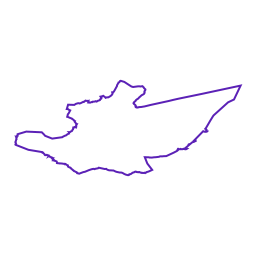 Lillehammer nor, Oppland, Norway (Robinson projection)
{"feature_id": "86288312B86660801630456", "entity_name": "Lillehammer nor", "entity_type": "district", "adm_level": 2, "iso_a3": "NOR", "parent_name": "Norway", "parent_adm1": "Oppland", "projection": "robinson", "projection_center": [10.321, 61.133], "detail": "fine", "context": "isolated", "style": "outline", "palette": "violet", "viewbox_px": 256, "rotation_deg": 0, "n_neighbors": 0, "source": "geoboundaries", "source_scale": "gbopen_adm2", "svg_char_len": 5510}
<svg xmlns="http://www.w3.org/2000/svg" viewBox="0 0 256 256"><path d="M152.2,169.9L147.3,163.5L144.8,157.2L148.6,157.3L149.3,157.4L149.8,157.6L150.5,157.5L151.8,157.6L153.9,157.3L155.8,157.2L159.0,156.8L159.9,156.4L161.1,156.3L161.9,156.4L163.6,156.2L166.3,156.1L173.6,152.7L176.9,151.0L177.9,150.2L177.8,149.4L177.7,149.4L178.0,148.8L178.4,148.8L178.8,149.1L179.2,149.2L180.1,149.3L180.5,148.9L182.0,149.3L183.6,148.8L183.6,149.0L185.8,149.3L186.7,148.9L187.0,148.7L186.6,148.6L186.5,148.2L186.3,148.0L185.9,147.9L186.0,147.8L185.9,147.6L188.9,145.1L188.5,144.8L188.5,144.6L189.2,144.1L190.1,144.1L192.4,142.2L193.9,141.9L194.1,141.5L194.3,141.4L195.1,141.2L195.6,141.1L195.6,140.7L194.8,140.7L194.1,140.5L203.2,131.2L204.3,131.7L204.7,131.7L205.0,131.8L206.0,131.8L206.9,131.6L207.1,131.4L206.8,131.3L206.9,131.2L206.0,131.0L206.2,130.6L206.5,129.7L206.0,129.2L205.3,128.8L205.9,128.1L207.1,126.1L210.3,120.6L213.2,115.9L213.8,115.2L228.1,102.3L234.0,99.5L240.6,85.6L201.8,93.9L178.5,98.7L173.6,99.8L168.7,101.0L150.8,104.9L144.7,106.4L141.1,107.0L138.9,107.1L138.7,107.3L137.1,107.6L136.3,107.4L135.7,107.1L135.5,106.4L135.9,106.1L135.5,105.7L135.4,105.1L135.0,104.8L134.4,104.2L134.0,104.0L133.9,103.7L133.5,103.3L133.5,103.1L133.8,102.6L134.2,102.3L134.3,101.9L135.6,100.9L135.7,100.6L135.9,100.2L137.4,99.0L138.1,98.7L139.2,97.4L140.3,96.5L141.1,95.7L141.7,95.2L142.9,94.6L144.0,93.9L144.6,92.8L144.6,92.6L144.4,92.4L144.3,92.1L144.6,91.8L144.6,91.0L145.3,90.1L145.4,89.7L145.4,89.4L144.1,88.2L143.7,87.4L143.0,86.8L142.5,86.2L140.2,86.5L139.6,86.3L138.3,86.3L133.1,87.0L131.4,86.5L124.3,81.9L120.7,80.8L120.4,80.9L119.9,81.2L119.6,81.9L119.2,82.3L118.5,82.5L118.4,82.9L117.0,85.3L116.9,86.3L116.6,86.7L114.9,89.8L114.4,90.7L113.7,91.8L113.2,92.2L112.2,92.3L112.3,92.8L112.6,93.6L111.9,94.8L110.6,96.0L108.4,97.3L107.9,97.4L107.7,97.3L107.0,97.3L105.6,97.8L105.4,97.4L103.6,96.1L103.2,95.8L102.5,96.2L100.6,96.6L101.2,97.4L101.0,97.5L100.9,97.9L100.9,98.0L101.1,97.9L101.4,98.3L101.3,98.6L100.7,98.9L100.3,99.3L100.0,99.5L99.9,100.1L98.6,100.6L97.8,100.8L97.4,101.0L97.2,101.3L96.4,101.6L95.7,101.2L95.3,101.4L93.8,101.7L92.7,101.7L92.3,102.1L92.0,102.0L91.8,102.0L90.3,102.6L89.1,102.6L88.3,102.5L88.5,102.1L88.4,101.9L88.6,101.7L88.6,101.2L88.6,100.9L88.0,101.2L87.6,100.9L86.3,100.9L85.5,100.6L85.0,101.0L84.7,101.3L83.8,102.0L83.3,101.8L80.8,103.1L79.6,103.5L79.2,103.3L78.6,103.2L77.7,103.3L75.8,103.9L74.3,104.9L68.1,104.7L66.8,109.0L67.5,109.0L68.2,109.2L68.5,109.6L70.2,110.4L68.8,113.1L67.8,114.4L67.6,115.5L67.2,116.8L68.5,117.2L69.3,117.6L71.9,118.6L72.3,118.9L72.3,119.1L73.3,119.7L73.8,120.1L73.9,120.4L74.5,120.8L74.8,121.0L74.6,121.2L74.6,121.3L74.7,121.8L75.1,122.2L76.4,124.0L76.9,124.1L76.6,124.6L76.5,124.8L76.1,125.1L76.1,125.6L76.3,126.1L76.2,126.4L76.2,126.9L75.9,127.1L75.9,127.4L75.6,127.3L75.3,127.1L74.7,127.0L74.4,127.4L73.3,127.4L73.1,128.3L73.2,128.5L73.1,129.0L73.0,129.4L72.5,129.8L72.0,130.9L71.8,131.1L70.9,131.4L70.3,131.9L70.0,132.1L69.0,132.1L69.2,132.3L68.9,133.1L69.0,133.5L68.6,133.6L68.0,134.0L67.2,134.4L66.2,135.3L65.0,135.7L63.1,136.6L62.3,137.2L52.2,138.6L45.1,135.8L44.0,134.5L41.8,132.3L26.3,131.6L17.6,134.2L17.6,134.8L17.4,135.2L17.7,135.7L17.7,135.8L16.9,136.1L16.8,136.5L16.1,136.5L16.7,137.4L16.4,137.7L16.5,137.8L16.5,138.0L16.4,138.3L16.4,138.5L16.5,139.1L16.3,139.2L16.3,139.5L16.1,139.9L16.0,140.5L15.8,140.9L15.7,141.3L15.5,141.8L15.7,142.0L15.6,142.3L15.5,142.5L15.8,142.9L15.9,143.4L15.9,143.5L16.0,143.7L15.4,144.4L15.4,144.6L15.6,144.8L28.4,149.8L42.2,152.1L42.3,152.4L42.3,152.5L42.8,152.6L42.7,152.8L42.8,152.9L43.9,153.3L43.7,153.3L44.0,153.8L44.4,154.0L44.6,154.4L44.7,154.8L45.0,155.1L45.3,155.1L45.6,155.1L46.3,155.1L46.5,154.9L47.0,154.9L47.3,155.1L47.9,155.2L48.2,155.7L48.7,155.6L48.8,155.8L48.7,156.0L49.0,155.8L49.2,156.1L49.5,156.3L49.4,156.3L49.4,156.5L49.8,156.6L49.9,156.8L50.7,157.0L51.1,157.3L51.5,157.3L51.6,157.7L51.9,157.6L52.4,157.8L52.1,157.9L52.3,158.2L52.1,158.2L52.2,158.6L52.4,158.8L52.6,158.7L52.9,158.7L53.0,158.8L53.0,159.2L53.3,159.3L53.8,159.8L53.7,160.0L53.3,160.4L54.0,160.5L54.4,160.7L54.7,160.6L55.1,160.9L55.6,161.0L56.7,161.5L56.9,162.3L57.1,162.5L57.2,162.8L57.1,163.1L58.3,163.3L59.0,163.2L59.4,163.4L59.9,163.5L60.6,163.4L62.5,163.6L63.4,163.8L64.7,163.8L65.0,163.9L65.1,164.2L65.6,164.0L66.5,164.8L67.9,165.4L67.9,165.5L68.0,166.1L67.9,166.3L67.9,166.5L69.0,167.2L69.9,167.4L70.2,167.8L70.7,167.9L71.1,168.6L72.6,169.7L72.7,170.0L73.0,170.1L73.1,170.3L73.7,170.6L74.0,171.1L74.6,171.2L75.7,171.9L76.5,172.1L76.7,172.4L77.1,172.6L77.2,172.8L77.2,173.2L77.6,173.3L78.3,173.3L79.1,173.7L83.3,172.1L84.9,171.8L89.0,170.1L91.7,169.2L91.9,169.2L92.5,169.0L93.3,168.9L93.9,168.9L94.3,169.1L94.8,169.1L95.3,168.8L98.0,168.3L98.7,167.7L104.2,168.9L104.6,169.0L106.3,168.9L106.5,169.2L107.2,169.6L108.1,170.0L109.1,170.3L113.4,170.5L113.9,170.7L115.5,171.5L116.7,171.9L119.6,172.5L121.7,172.6L123.6,173.5L124.1,173.9L126.0,174.7L128.1,175.2L128.9,175.0L129.1,174.6L129.4,174.5L129.4,174.3L129.8,174.2L130.7,174.1L131.6,173.5L132.2,173.0L132.5,172.9L132.6,172.7L133.4,172.5L133.9,172.3L134.4,172.2L134.6,171.9L135.2,171.7L135.8,171.6L136.4,172.0L136.7,171.9L138.2,172.3L138.9,172.0L139.3,172.0L139.7,172.3L140.0,172.3L140.6,172.6L141.2,172.8L141.5,172.7L141.8,172.9L142.3,172.8L142.8,173.0L143.1,173.0L144.0,172.9L144.4,172.7L144.7,172.8L144.8,173.0L145.1,173.1L145.5,172.8L146.2,172.5L146.2,172.3L146.3,172.2L147.2,171.9L147.8,171.8L149.4,171.2L152.2,169.9Z" fill="none" stroke="#5b21b6" stroke-width="2"/></svg>